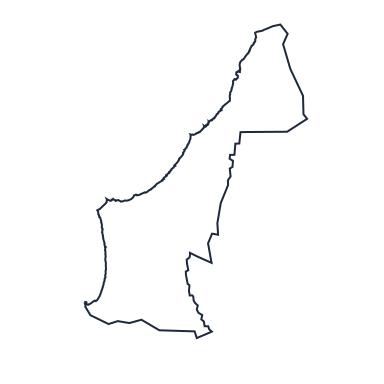 outline of Carmelo, Colonia, Uruguay, rotated 77°
{"feature_id": "84410073B48030888344446", "entity_name": "Carmelo", "entity_type": "district", "adm_level": 2, "iso_a3": "URY", "parent_name": "Uruguay", "parent_adm1": "Colonia", "projection": "orthographic", "projection_center": [-58.246, -34.041], "detail": "fine", "context": "isolated", "style": "outline", "palette": "slate", "viewbox_px": 384, "rotation_deg": 77, "n_neighbors": 0, "source": "geoboundaries", "source_scale": "gbopen_adm2", "svg_char_len": 5945}
<svg xmlns="http://www.w3.org/2000/svg" viewBox="0 0 384 384"><g transform="rotate(77 192 192)"><path d="M48.7,68.3L48.7,69.7L48.6,75.9L49.8,82.5L50.1,85.1L50.7,87.2L50.5,92.7L51.0,94.7L55.8,94.7L56.4,95.3L57.4,96.0L59.2,96.4L59.5,96.8L59.9,97.0L60.4,97.5L60.2,97.8L60.3,98.0L60.8,98.4L61.7,98.7L62.3,99.2L62.5,99.9L63.0,100.5L63.0,101.1L64.6,102.2L65.0,102.8L65.8,103.2L66.6,103.9L66.8,103.8L67.2,104.1L67.5,104.2L67.6,104.6L67.9,104.6L68.0,104.9L69.2,105.6L69.3,106.2L69.8,106.5L70.1,107.4L71.4,108.7L71.5,109.0L71.7,109.4L73.6,111.1L73.7,111.5L74.4,112.2L74.6,113.0L74.5,113.4L76.2,115.6L76.6,116.0L78.8,117.0L79.9,117.2L80.4,117.3L80.9,117.1L81.8,117.4L82.6,117.2L83.0,117.3L83.2,117.8L83.3,117.9L84.3,117.7L85.2,118.3L85.9,118.4L85.8,118.7L85.3,118.9L84.6,119.5L84.7,119.8L85.1,120.3L85.0,120.6L85.3,121.0L85.3,121.7L85.8,121.8L86.0,122.2L86.5,122.2L87.5,122.5L88.3,122.0L88.5,121.3L88.7,121.2L90.3,121.4L91.0,121.7L91.5,122.4L91.8,123.2L92.4,123.7L92.4,124.0L92.2,124.1L92.0,124.7L91.6,124.8L91.5,125.1L92.1,125.5L92.8,126.8L93.2,127.1L93.6,127.2L95.0,127.3L98.9,129.2L99.6,129.9L100.3,129.9L100.5,130.3L102.5,131.1L103.5,132.4L104.1,132.4L104.8,132.8L105.7,132.9L106.2,133.4L107.0,133.7L109.0,133.9L111.7,134.6L112.0,135.7L112.5,136.4L114.2,140.0L115.0,141.4L115.2,142.2L116.0,143.2L116.3,143.1L117.2,144.1L117.4,144.8L117.9,144.8L118.0,145.4L118.5,145.4L118.5,145.7L118.8,145.8L119.0,145.6L119.0,145.9L119.3,146.1L119.9,147.6L119.8,147.9L120.3,148.4L120.8,148.5L121.2,149.2L121.5,149.3L121.5,149.7L121.8,150.5L122.1,150.5L124.1,152.5L124.2,153.2L124.5,153.4L124.9,153.4L125.0,153.7L125.3,153.9L125.3,155.0L125.6,155.2L125.6,155.6L126.0,155.9L126.4,156.1L126.2,156.6L126.4,156.8L126.2,157.0L126.3,157.5L126.5,157.6L126.5,158.0L126.7,158.6L127.1,159.0L127.3,159.4L127.7,159.7L127.2,160.0L128.0,160.1L128.3,160.7L129.0,160.9L129.5,161.6L129.8,161.6L130.0,161.4L130.3,161.9L130.0,162.3L129.7,162.4L129.8,163.0L130.0,163.3L130.6,163.0L131.1,163.5L131.5,164.3L131.0,165.0L130.3,165.5L130.9,165.5L132.0,166.0L132.7,166.8L132.6,167.1L132.8,167.4L133.1,167.6L133.6,168.5L134.1,169.0L134.3,169.5L135.3,170.8L135.4,171.0L135.2,171.4L135.4,171.5L135.4,172.1L135.7,172.6L135.5,172.9L135.8,174.4L136.1,174.7L136.0,174.9L136.4,176.0L136.5,177.1L136.7,177.4L136.5,178.3L136.1,178.8L136.1,179.4L135.6,180.5L136.3,180.3L136.4,180.6L136.8,180.8L138.0,180.9L138.7,181.3L139.8,181.6L141.8,183.0L143.1,183.6L144.2,184.9L144.5,184.9L145.0,185.2L145.3,186.0L146.0,186.2L146.3,186.6L147.7,187.4L148.0,188.5L149.0,189.1L149.2,190.1L150.0,190.0L150.6,190.3L151.4,191.5L151.8,191.5L151.8,191.9L153.4,192.3L155.3,194.7L156.2,196.1L156.2,196.4L156.6,196.6L156.7,196.8L157.1,197.0L157.1,197.3L158.3,197.8L158.7,198.5L159.4,199.1L161.6,202.2L162.0,202.3L161.9,202.7L162.0,203.2L162.4,203.3L162.8,203.0L162.8,203.4L163.2,203.4L163.8,204.4L164.2,204.7L164.3,205.3L165.1,206.9L165.9,207.1L166.1,208.1L167.1,208.5L167.3,209.7L167.9,209.7L167.9,210.1L168.4,210.2L168.9,211.9L169.8,212.5L169.8,212.9L170.2,212.9L170.0,213.7L171.1,214.1L171.5,215.6L172.2,216.6L172.8,216.4L172.8,216.8L173.2,216.8L173.4,218.2L174.2,218.2L174.9,220.8L175.3,221.6L175.4,222.5L175.8,223.0L176.0,223.7L176.0,224.3L177.6,226.4L177.8,226.5L177.6,226.7L177.8,227.1L178.5,228.0L179.8,231.1L180.2,231.1L180.8,233.9L181.8,235.5L182.2,237.7L181.7,238.1L182.4,241.5L182.4,242.4L182.8,243.2L183.0,244.8L182.8,246.4L182.3,246.5L182.1,246.8L182.0,247.5L182.2,248.0L182.2,249.1L183.9,250.5L184.4,251.3L185.2,252.7L185.8,255.7L185.7,257.9L185.2,259.1L185.2,259.9L185.5,260.9L185.5,261.8L185.3,262.7L185.3,263.5L185.0,263.6L184.8,264.0L184.0,264.8L183.4,265.7L183.2,265.8L183.5,268.1L183.1,268.1L183.1,268.5L182.7,268.6L182.2,269.5L181.4,270.2L181.4,270.5L181.0,270.6L181.4,271.2L181.4,271.5L181.6,271.4L182.2,272.5L182.3,273.1L182.2,273.4L182.2,273.7L180.9,275.2L180.8,275.6L180.5,275.8L179.6,276.7L180.2,276.6L181.3,277.0L181.9,277.2L182.8,277.5L183.0,278.0L183.5,278.4L184.2,279.5L187.4,285.0L187.9,285.7L188.0,286.7L188.5,288.4L189.5,288.0L190.1,288.1L190.3,288.0L191.7,288.0L192.6,288.3L193.3,287.9L193.7,287.8L193.9,288.0L195.1,287.7L195.5,288.0L196.3,287.3L199.8,287.0L200.4,287.0L200.8,287.4L202.5,287.1L203.8,287.2L206.1,287.8L206.9,287.9L207.5,287.4L207.8,287.4L207.9,287.6L208.3,287.7L209.1,287.8L209.3,288.1L210.8,288.5L211.0,288.7L211.3,288.5L213.6,288.7L214.5,288.5L215.1,288.8L216.2,288.9L216.6,288.8L217.2,289.0L221.7,288.8L222.8,288.8L223.2,289.1L225.1,289.1L226.2,288.4L226.5,289.2L227.9,289.2L229.1,289.9L230.7,289.7L232.3,290.2L233.4,290.3L233.5,290.5L235.3,290.5L235.7,290.8L236.2,290.9L237.0,291.4L240.0,291.9L241.4,291.8L245.0,292.7L248.3,293.2L248.9,293.8L252.6,294.6L253.3,295.2L254.2,295.5L255.6,295.4L255.9,295.6L256.5,296.5L257.0,296.5L257.6,296.9L258.3,297.0L259.3,297.5L260.8,298.6L262.2,298.9L264.4,300.3L265.1,300.5L265.3,300.8L267.0,301.7L267.6,302.3L268.9,302.9L271.1,304.4L272.5,305.2L275.7,308.4L276.2,309.1L276.2,309.6L276.7,310.3L276.0,311.2L276.1,311.8L278.0,316.4L278.3,317.2L278.2,317.9L278.5,318.2L278.4,318.9L277.7,319.7L276.8,320.1L275.9,319.7L275.6,320.2L275.3,320.2L275.2,320.5L276.1,320.4L276.6,321.0L276.5,321.5L277.0,321.5L277.6,321.2L279.3,321.4L279.7,321.8L289.2,318.7L301.9,303.0L301.1,293.4L305.6,282.5L305.1,270.0L319.4,254.9L328.4,220.8L335.4,220.2L332.5,204.1L329.7,206.1L326.5,206.4L325.6,209.9L320.8,209.6L318.2,211.6L314.2,209.7L311.3,212.8L307.7,213.8L303.8,211.9L301.0,213.9L298.2,214.8L294.0,214.3L292.8,215.0L292.3,217.5L287.5,217.2L284.5,216.1L282.1,215.5L280.6,216.9L271.1,216.5L268.1,215.9L267.4,213.2L260.9,213.0L256.7,212.4L255.3,209.2L253.0,208.1L250.8,207.7L256.4,200.9L265.4,188.9L245.6,187.9L237.1,181.8L239.5,176.2L228.1,174.3L209.3,166.5L193.4,155.3L188.7,154.4L185.5,150.9L177.6,149.9L176.7,146.9L170.9,145.1L168.0,147.9L164.4,146.5L165.3,142.3L154.7,138.9L155.4,135.0L144.6,131.3L145.8,125.5L154.7,85.7L146.6,63.4L141.3,65.9L123.3,62.2L94.2,68.5L68.4,70.0L59.4,63.2L48.7,68.3Z" fill="none" stroke="#1e293b" stroke-width="2"/></g></svg>